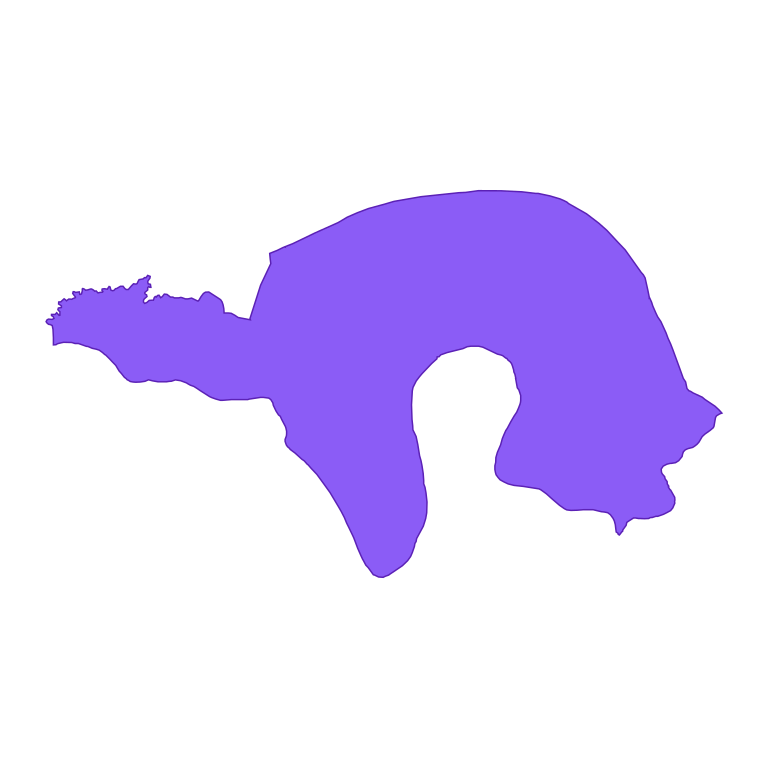 Sami, Central River, Gambia
{"feature_id": "56634734B54242206420565", "entity_name": "Sami", "entity_type": "district", "adm_level": 2, "iso_a3": "GMB", "parent_name": "Gambia", "parent_adm1": "Central River", "projection": "orthographic", "projection_center": [-14.663, 13.545], "detail": "fine", "context": "isolated", "style": "filled", "palette": "violet", "viewbox_px": 768, "rotation_deg": 0, "n_neighbors": 0, "source": "geoboundaries", "source_scale": "gbopen_adm2", "svg_char_len": 6048}
<svg xmlns="http://www.w3.org/2000/svg" viewBox="0 0 768 768"><path d="M53.4,344.9L56.0,344.7L57.5,343.7L61.2,342.8L63.6,342.3L71.8,342.5L75.0,343.5L78.4,343.5L86.3,346.3L88.0,346.5L92.2,348.3L96.3,349.2L99.3,350.2L102.5,352.5L104.7,354.5L105.7,355.0L109.6,358.9L112.1,361.6L115.8,365.4L117.5,368.3L119.2,371.1L121.4,373.5L124.4,377.3L126.3,378.7L127.1,379.7L128.8,380.5L130.2,381.5L133.0,382.0L135.7,382.2L140.3,382.0L145.0,381.3L148.5,379.8L152.4,380.8L158.0,381.8L166.4,381.8L169.0,381.4L171.5,381.2L175.4,379.9L180.6,380.7L186.5,382.9L187.7,383.7L190.4,385.2L193.8,386.4L197.0,388.4L200.2,390.6L209.6,396.6L211.8,397.6L215.7,399.0L220.4,400.3L222.6,400.3L231.4,399.6L247.7,399.6L249.2,399.1L260.5,397.4L263.4,397.4L268.8,398.1L270.8,399.6L272.8,402.8L273.3,405.3L276.0,411.0L278.5,414.9L280.3,416.3L281.5,419.1L285.4,426.5L285.9,428.0L286.6,431.2L286.6,433.9L286.4,435.9L285.1,439.4L285.1,441.4L285.4,442.3L285.9,443.8L286.4,445.1L287.6,446.8L289.1,448.0L290.3,449.5L295.0,453.0L299.1,456.7L301.8,459.2L304.3,460.9L307.2,464.2L308.2,464.9L311.2,468.4L316.9,474.4L323.6,483.6L330.0,492.5L338.6,506.9L341.3,511.6L344.4,517.6L346.6,523.0L348.6,527.0L352.5,535.1L353.8,537.9L355.2,541.6L357.7,548.3L361.1,556.0L362.6,559.2L363.6,560.9L365.8,565.1L368.2,567.6L373.4,574.8L374.4,575.0L378.6,577.0L383.2,577.3L385.2,576.3L388.6,575.1L390.4,573.8L395.5,570.4L402.4,565.7L407.6,560.7L410.6,556.5L412.3,552.6L414.4,546.5L414.9,543.5L416.1,541.5L416.6,538.6L423.3,526.2L424.7,521.8L425.7,518.5L426.7,512.8L427.0,502.0L426.0,493.0L425.0,487.3L423.7,483.8L423.7,480.5L423.2,473.6L422.0,465.7L421.0,460.7L419.6,455.8L417.8,444.6L416.1,436.5L412.9,429.8L412.7,425.8L412.0,419.4L411.5,404.8L412.3,390.9L413.0,387.4L416.2,381.0L419.4,376.8L422.1,373.6L431.7,363.5L436.9,358.8L437.2,356.8L438.9,356.8L440.8,354.8L442.8,354.1L447.0,352.6L463.0,348.6L467.2,346.7L470.9,346.2L478.7,346.2L482.9,347.2L497.4,354.1L500.6,354.9L502.6,355.6L504.3,356.9L505.8,358.1L506.8,358.4L508.0,360.1L510.2,361.8L510.7,362.6L511.4,363.3L512.4,365.8L513.6,369.8L513.9,372.0L514.9,374.2L515.8,378.3L515.6,378.4L517.3,387.8L518.8,389.8L519.5,391.8L520.7,395.5L520.7,400.5L520.5,402.2L520.0,404.2L518.5,408.1L516.7,412.2L514.2,415.9L510.7,421.9L507.3,428.3L505.8,430.5L503.8,435.0L502.3,438.7L500.6,444.9L497.4,452.3L495.9,457.5L495.7,462.4L494.9,465.7L494.9,469.6L495.4,472.3L496.1,474.8L498.1,477.5L500.1,479.8L503.9,481.9L508.1,483.9L514.0,485.4L523.3,486.4L539.1,488.9L541.0,489.9L546.4,493.8L551.6,498.5L559.4,505.2L564.4,508.7L566.8,509.9L571.0,510.4L577.4,510.2L583.5,509.7L593.1,509.7L601.3,511.7L604.2,512.0L607.7,512.7L610.4,514.7L613.1,518.4L614.3,520.9L615.3,524.6L615.7,528.1L616.2,532.0L617.0,532.5L618.0,533.3L618.0,534.0L618.9,534.8L619.4,535.0L621.9,531.8L622.6,531.3L622.9,529.8L626.1,525.4L626.8,522.4L628.5,521.2L633.5,518.0L635.7,518.0L638.4,518.5L639.9,518.5L644.3,518.7L648.7,518.5L650.0,517.7L651.2,517.5L652.2,517.5L655.9,516.3L657.8,516.3L663.5,514.3L666.9,512.6L670.6,510.6L672.8,507.9L674.8,503.2L674.6,501.4L674.9,500.1L674.7,497.3L671.0,490.7L670.5,489.9L670.0,489.7L668.3,486.9L668.8,486.2L667.3,484.0L667.1,481.5L665.1,478.8L664.6,476.5L663.9,475.8L662.2,473.8L661.5,472.3L661.2,469.1L663.2,466.1L666.9,464.2L670.1,463.4L671.1,463.4L675.5,462.7L678.7,460.7L682.1,456.5L682.6,454.0L683.4,451.8L685.3,449.8L688.0,448.6L692.7,447.4L694.7,446.1L696.9,444.4L698.9,442.2L702.2,436.6L704.9,434.1L710.1,430.4L713.3,427.7L714.0,426.2L715.5,417.6L716.5,415.8L719.7,413.9L721.9,413.1L719.0,409.9L715.0,406.2L705.0,399.5L702.3,397.2L693.2,393.0L690.5,391.3L689.0,390.8L687.0,388.6L685.6,381.9L683.3,378.4L679.6,368.1L672.9,349.8L670.7,344.1L668.0,338.2L666.1,333.0L660.9,321.6L657.7,316.9L655.8,312.9L652.8,306.0L651.6,302.2L649.6,297.8L649.3,298.0L649.3,297.4L647.8,290.0L645.1,277.9L643.4,274.9L641.2,272.4L625.2,249.9L617.5,241.8L606.9,230.4L598.8,223.2L586.5,213.8L568.6,203.6L566.9,202.1L563.9,200.6L560.0,198.9L549.9,195.9L538.1,193.4L535.6,193.4L521.7,191.8L500.8,190.8L478.2,190.7L465.7,192.4L459.0,192.7L421.0,196.7L393.9,201.4L384.8,204.1L368.6,208.5L357.5,212.7L347.2,217.2L338.1,222.6L315.3,232.8L292.7,243.7L285.0,246.7L285.1,247.0L284.8,246.9L283.3,247.4L277.2,250.4L269.7,253.4L270.2,258.8L270.8,263.6L260.6,285.2L250.0,318.5L250.4,319.8L238.1,317.5L234.9,315.3L231.2,313.3L228.2,313.0L224.1,313.0L223.8,308.6L223.1,304.9L222.1,301.9L220.6,299.7L218.4,298.2L208.8,292.0L205.4,292.2L203.4,293.5L201.0,296.7L199.0,300.1L198.0,301.1L196.8,300.6L194.3,299.4L191.6,298.1L187.9,298.9L185.5,298.9L181.8,297.6L180.8,297.4L178.6,297.9L174.4,297.9L172.9,297.1L170.5,297.1L167.0,294.4L164.3,294.1L162.3,296.6L160.7,297.7L159.0,295.2L157.5,295.5L156.3,297.0L155.3,296.5L154.3,297.5L153.4,300.2L152.1,300.2L149.2,300.4L147.0,302.4L144.7,303.4L143.5,302.2L143.5,300.2L144.3,298.9L147.0,296.5L146.5,294.7L145.7,294.5L144.8,293.5L144.8,292.5L147.7,290.0L147.7,287.6L148.7,286.6L149.7,287.3L150.9,287.3L150.4,284.3L148.2,283.8L147.7,281.9L148.0,280.9L149.9,278.2L150.2,276.4L147.7,275.4L146.0,277.7L144.5,277.6L143.1,278.9L142.1,279.1L139.1,279.6L138.1,281.4L137.1,283.6L135.9,284.1L133.5,283.8L131.5,285.8L128.3,289.5L126.1,289.5L124.8,288.5L123.1,286.3L120.4,286.3L116.7,288.5L115.5,288.7L113.8,290.5L112.3,290.7L110.8,290.0L110.1,287.0L109.1,286.5L107.9,288.2L107.4,289.2L104.4,288.7L102.2,289.0L102.0,289.7L102.0,290.5L102.9,291.5L102.5,292.2L100.0,292.4L98.0,292.9L96.1,290.9L94.8,291.2L93.4,290.0L91.6,289.0L90.6,289.0L87.7,289.9L85.5,290.2L84.5,289.2L82.8,288.5L82.3,288.9L82.3,290.9L81.5,293.9L80.6,294.4L79.8,294.4L79.3,291.9L75.6,292.4L74.2,291.7L73.2,291.7L72.7,293.4L73.9,295.1L75.4,296.9L75.4,297.6L72.9,298.6L71.7,299.3L70.2,299.1L68.7,299.1L66.5,300.8L65.5,299.8L64.1,298.8L62.1,300.6L60.9,301.8L58.7,302.0L58.6,304.0L61.4,305.8L61.4,307.5L58.4,308.0L57.9,309.5L58.4,310.5L59.9,311.7L59.9,315.2L59.1,315.4L56.7,312.7L55.2,314.4L51.5,314.4L51.5,315.6L53.2,316.6L54.0,318.4L52.2,319.4L48.5,319.1L47.1,319.8L46.1,321.6L46.8,322.8L48.5,324.3L50.3,324.6L52.2,325.5L53.0,329.3L53.4,337.7L53.4,344.9Z" fill="#8b5cf6" stroke="#5b21b6" stroke-width="1.5"/></svg>